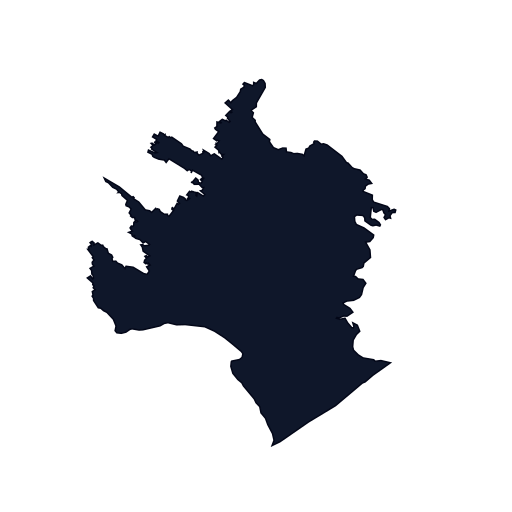 Bantul, Yogyakarta, Indonesia, rotated 301°
{"feature_id": "22746128B15956982783625", "entity_name": "Bantul", "entity_type": "district", "adm_level": 2, "iso_a3": "IDN", "parent_name": "Indonesia", "parent_adm1": "Yogyakarta", "projection": "equal_earth", "projection_center": [110.384, -7.898], "detail": "fine", "context": "isolated", "style": "filled", "palette": "ink", "viewbox_px": 512, "rotation_deg": 301, "n_neighbors": 0, "source": "geoboundaries", "source_scale": "gbopen_adm2", "svg_char_len": 6167}
<svg xmlns="http://www.w3.org/2000/svg" viewBox="0 0 512 512"><g transform="rotate(301 256 256)"><path d="M289.3,109.9L289.7,114.5L288.3,116.2L288.2,118.0L288.9,122.7L291.0,128.0L289.9,130.8L294.5,131.3L294.3,149.5L293.7,153.1L295.8,154.1L295.6,157.1L293.7,157.6L296.9,157.4L297.2,167.8L295.5,170.1L295.7,171.2L294.1,171.1L294.2,169.4L292.9,169.1L292.2,171.6L290.2,171.5L289.4,168.9L291.3,167.1L291.8,164.2L286.6,163.4L285.8,162.3L286.2,164.7L285.6,166.1L288.2,170.3L287.0,174.5L287.8,175.9L284.6,176.1L283.3,174.8L282.4,180.4L280.2,180.1L280.3,173.3L278.9,172.6L278.6,173.8L276.8,174.4L277.0,173.1L279.7,172.3L278.7,169.4L279.3,169.4L278.5,169.0L278.5,167.6L277.3,167.3L277.2,165.7L272.7,165.2L273.1,167.1L270.8,168.0L271.2,169.5L270.4,169.5L269.4,167.1L269.8,168.9L268.0,168.2L267.7,166.6L268.6,165.8L268.9,163.6L268.2,159.8L262.6,160.3L261.8,163.3L260.4,162.8L260.4,161.3L254.2,161.5L254.4,159.4L253.8,159.3L252.7,159.9L252.6,161.9L245.2,161.0L245.2,159.3L246.2,158.6L244.5,155.8L244.8,151.1L246.1,149.0L245.7,147.2L244.7,146.6L245.2,145.5L239.6,144.1L240.0,141.5L238.5,137.4L241.9,127.6L242.0,121.4L243.2,121.5L243.6,120.1L242.4,119.3L244.8,103.3L244.6,85.8L242.5,88.9L242.8,91.8L241.1,97.8L241.5,102.2L240.2,105.4L239.4,105.2L240.2,106.3L240.2,108.6L238.8,110.0L237.5,117.2L233.2,117.8L232.2,118.8L232.7,121.9L232.0,124.8L227.6,125.1L226.6,128.0L225.7,127.9L225.3,130.2L226.5,132.1L224.4,134.1L225.1,135.9L224.7,136.8L223.3,136.0L223.1,134.4L221.9,134.0L219.5,135.3L218.0,135.2L217.5,133.7L215.3,133.6L215.5,134.4L214.6,134.7L213.7,137.3L210.7,134.7L210.9,138.2L209.5,139.5L209.4,140.8L210.9,140.9L210.8,141.8L209.5,141.6L209.2,143.9L210.3,148.1L209.0,152.5L211.6,153.9L211.1,158.9L210.0,158.6L207.2,154.9L207.4,153.1L206.2,151.5L205.1,153.9L202.0,156.8L201.4,164.9L199.4,163.7L199.8,161.8L198.5,160.9L197.6,163.4L195.1,162.7L192.8,163.4L192.6,165.6L193.8,165.6L193.4,167.7L194.5,167.6L193.7,170.0L190.4,167.8L188.2,172.3L184.2,172.1L183.1,168.9L183.1,156.5L180.3,149.9L177.7,150.2L179.3,145.5L178.6,140.8L179.4,138.5L177.6,136.0L179.5,133.9L181.1,133.9L182.5,131.7L182.3,128.0L185.4,124.6L184.9,123.6L185.4,120.4L186.3,119.1L185.4,117.6L185.8,113.7L182.0,111.4L183.8,110.5L184.2,108.0L182.6,107.1L181.9,106.9L181.5,108.5L179.4,109.7L179.4,108.6L177.2,107.8L175.9,109.2L175.1,108.2L171.5,117.1L170.2,116.6L169.2,119.2L166.3,118.8L164.8,119.9L163.8,122.3L159.9,120.1L158.9,122.6L156.0,124.6L155.4,126.4L153.2,128.2L152.2,127.9L153.7,124.4L150.3,122.7L148.9,130.2L147.3,130.8L147.0,132.6L144.9,132.8L144.4,135.5L141.2,134.0L138.5,136.5L137.2,136.2L136.1,138.5L134.2,139.7L130.4,147.5L131.3,149.9L130.6,153.5L130.9,157.2L128.3,166.3L123.9,172.1L119.4,173.7L118.5,176.3L120.4,180.4L123.7,183.7L128.3,185.8L129.8,187.4L132.3,193.9L134.5,197.1L146.7,209.7L151.0,212.1L153.5,214.9L156.1,223.3L160.8,230.7L169.0,248.6L170.2,259.3L169.8,271.3L168.6,280.0L166.6,292.7L165.5,295.1L161.9,296.3L158.8,295.2L153.4,289.3L152.6,289.3L148.4,291.3L143.5,296.6L140.8,304.0L140.0,309.2L138.2,312.1L132.6,328.1L130.2,331.7L128.8,336.8L124.1,341.1L121.8,347.7L117.5,353.0L112.3,361.6L107.3,366.4L101.8,367.4L109.1,372.2L140.8,386.5L168.6,401.2L201.9,412.6L204.3,414.4L214.0,417.6L233.7,426.2L230.7,416.9L227.2,412.4L227.7,410.3L223.8,400.3L223.9,394.6L225.5,388.1L228.0,385.6L234.0,382.6L240.4,382.5L244.9,383.7L248.9,378.5L248.6,373.4L245.9,376.3L244.5,376.5L243.9,375.0L245.9,369.0L248.5,364.3L244.8,360.4L244.0,356.9L244.9,356.9L245.9,359.3L249.6,361.9L251.3,365.0L257.7,368.0L259.5,363.5L259.6,356.3L260.5,354.7L264.2,357.1L268.3,362.5L273.7,366.0L277.3,366.3L284.1,364.1L289.2,364.2L291.0,359.8L288.9,355.3L289.7,351.9L288.8,350.0L295.0,348.8L296.8,349.3L300.7,352.9L302.3,353.3L305.5,352.1L313.7,354.9L319.9,350.5L324.3,342.8L327.0,346.1L332.1,347.0L334.6,346.1L335.7,334.1L334.7,325.8L336.5,322.9L340.4,320.1L343.0,321.2L345.6,326.3L345.6,327.8L344.5,329.7L342.2,331.3L341.6,338.7L342.1,340.6L344.4,343.0L345.4,346.7L346.8,346.6L348.1,344.1L348.6,338.8L347.1,336.5L347.9,334.1L356.9,329.9L357.7,331.4L355.0,333.9L355.3,336.4L360.4,339.5L361.0,340.8L358.8,343.5L358.1,345.8L355.0,345.9L353.9,348.3L357.2,350.2L357.7,351.9L359.5,350.1L363.3,350.4L364.9,352.8L367.4,352.1L367.2,350.3L362.9,346.8L365.3,346.0L366.1,343.1L362.8,329.1L364.2,326.6L368.1,324.4L366.5,314.5L367.7,313.9L369.9,314.8L372.2,313.8L375.5,315.2L377.8,317.8L379.3,314.1L378.4,310.0L380.8,310.7L382.3,308.5L381.8,305.7L383.3,300.9L381.4,295.2L381.3,292.8L383.1,286.9L382.6,285.6L385.7,278.3L387.8,259.8L387.0,256.1L385.4,254.3L386.1,249.5L384.7,246.9L383.3,246.8L382.4,248.0L378.0,245.5L375.6,245.6L373.4,243.8L366.6,245.6L367.0,243.4L365.2,238.6L363.1,235.6L362.7,232.6L360.9,228.5L363.9,226.2L362.3,223.3L358.6,220.3L357.9,215.1L360.8,208.7L363.0,207.8L364.0,199.0L370.5,186.2L371.9,185.4L372.8,181.3L377.4,180.0L378.0,177.2L378.8,176.9L384.1,179.4L387.4,177.5L405.3,177.1L408.6,174.9L410.2,172.0L410.2,170.0L408.7,168.4L404.1,167.4L403.6,164.6L401.8,165.7L400.2,165.5L398.7,156.7L396.6,156.3L396.4,158.0L394.5,158.7L391.1,157.0L388.8,157.9L382.0,157.7L376.9,155.7L374.4,155.6L375.4,152.0L371.3,150.7L369.4,160.4L367.1,159.3L366.9,161.2L365.9,160.8L366.2,158.9L360.9,157.7L360.6,160.3L359.5,160.5L358.0,164.5L356.7,164.1L357.0,160.5L356.1,160.1L355.8,156.7L352.4,155.4L352.4,157.5L351.8,157.4L350.8,153.5L346.8,155.8L344.5,154.7L343.7,156.0L343.4,160.0L334.8,159.1L334.5,163.0L335.3,163.1L335.7,165.2L332.8,164.8L332.0,163.7L331.1,165.0L330.6,164.4L330.4,165.4L328.2,164.8L327.4,169.6L325.5,171.1L326.2,171.7L325.2,174.2L326.3,175.9L324.1,175.2L323.7,176.9L321.4,176.8L322.1,167.6L318.6,165.6L319.7,163.0L319.7,156.4L318.5,157.8L317.9,156.8L316.7,157.7L313.0,155.1L313.8,152.5L314.8,152.0L312.8,149.7L313.5,148.3L313.1,146.6L313.7,144.3L312.6,137.0L313.8,134.3L314.5,122.6L313.4,121.8L313.6,120.1L312.4,119.7L312.3,115.9L313.3,115.5L312.5,114.9L313.0,113.7L312.7,110.0L308.3,110.4L308.1,106.0L304.8,106.0L304.8,110.8L303.2,111.0L303.3,114.3L302.2,114.2L302.3,111.2L301.5,111.2L301.4,109.9L300.6,113.2L300.3,112.0L298.9,112.0L299.2,108.8L298.5,108.1L297.8,110.8L295.1,109.9L294.7,111.5L293.9,111.5L293.7,118.0L292.3,116.5L291.4,109.3L289.3,109.9Z" fill="#0f172a" stroke="#020617" stroke-width="1.5"/></g></svg>